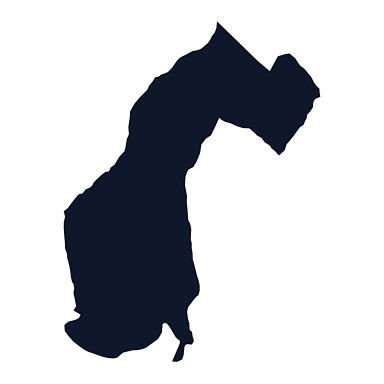 Planaltina do Paraná, Paraná, Brazil
{"feature_id": "56859067B78623757786871", "entity_name": "Planaltina do Paraná", "entity_type": "district", "adm_level": 2, "iso_a3": "BRA", "parent_name": "Brazil", "parent_adm1": "Paraná", "projection": "albers", "projection_center": [-52.929, -23.09], "detail": "fine", "context": "isolated", "style": "filled", "palette": "ink", "viewbox_px": 384, "rotation_deg": 0, "n_neighbors": 0, "source": "geoboundaries", "source_scale": "gbopen_adm2", "svg_char_len": 2516}
<svg xmlns="http://www.w3.org/2000/svg" viewBox="0 0 384 384"><path d="M319.5,96.3L318.8,92.5L318.7,89.1L315.5,86.0L313.2,82.6L310.6,77.4L307.7,74.0L304.0,69.5L299.2,65.8L297.2,62.6L294.3,58.4L289.0,54.2L284.1,55.2L278.3,57.0L270.0,72.4L257.2,61.5L217.6,23.0L217.2,28.2L215.5,32.6L212.2,37.2L210.5,40.8L208.1,43.9L205.3,46.2L201.6,49.4L197.9,50.9L193.1,51.7L186.8,55.0L180.5,58.2L177.8,60.8L172.4,68.5L168.5,72.6L165.2,74.1L161.3,75.4L159.0,77.3L155.6,78.0L153.1,82.1L150.1,85.6L147.7,90.6L143.8,94.4L140.7,97.5L135.6,103.5L133.0,107.8L130.7,112.1L130.7,116.2L129.9,121.9L129.1,127.2L129.7,134.3L127.5,139.4L126.6,145.2L126.0,148.4L125.1,151.7L120.0,157.1L117.0,162.1L115.2,165.2L111.3,168.0L109.5,172.1L105.8,172.6L102.1,175.4L96.9,180.2L94.3,183.0L92.7,186.3L90.0,188.5L86.1,190.0L83.2,194.1L79.3,194.9L76.7,197.7L74.6,200.4L70.9,205.1L68.3,208.7L64.6,211.6L65.9,216.7L64.6,222.2L64.5,227.3L64.8,232.7L65.1,237.0L65.6,241.6L65.8,248.3L67.8,253.8L67.9,257.7L68.9,260.9L69.8,264.6L70.5,268.1L71.1,271.5L71.6,276.7L72.8,281.6L74.5,284.4L75.0,288.3L74.2,293.2L75.2,297.1L76.1,302.3L77.1,306.3L74.5,310.2L81.7,314.4L79.8,318.1L77.3,319.9L73.7,321.1L68.7,322.4L65.2,325.3L65.5,330.6L69.1,335.6L73.9,341.0L80.7,346.3L85.0,349.3L88.7,351.1L102.2,355.8L107.3,357.1L113.0,357.7L116.7,357.0L122.7,351.9L132.2,349.6L137.8,349.3L141.6,348.5L145.8,347.0L150.0,343.8L153.7,341.3L157.1,338.7L159.2,335.8L161.1,332.3L161.6,327.3L161.8,323.6L164.7,321.9L167.6,323.2L170.4,326.7L176.3,336.7L180.8,340.8L180.4,344.0L173.2,360.8L177.1,361.0L181.5,358.9L182.9,354.9L183.6,347.7L184.5,344.5L187.5,343.3L191.5,343.8L193.1,340.8L191.8,335.9L191.3,332.4L188.9,330.3L188.6,323.9L187.2,318.6L186.3,311.6L187.5,306.7L190.2,303.2L192.6,300.0L195.2,296.7L197.8,294.6L198.9,290.6L198.9,285.3L197.5,279.5L196.0,274.9L193.5,264.5L192.0,259.4L191.8,253.1L190.9,248.0L191.0,243.6L190.0,239.3L190.2,234.9L190.5,229.2L189.3,223.7L187.4,220.0L187.0,213.0L186.4,206.2L186.0,202.1L186.2,195.8L185.0,189.5L184.2,185.0L184.7,176.8L186.2,172.1L188.1,168.8L192.8,166.5L195.9,161.2L198.7,154.5L199.6,151.5L200.7,144.1L205.4,138.0L210.3,134.9L213.5,128.5L219.1,116.3L221.5,118.8L224.9,120.9L231.1,122.6L237.1,125.5L243.0,127.3L249.6,127.6L254.3,131.6L257.7,135.0L262.2,137.4L265.0,141.5L270.3,145.0L272.1,147.8L275.8,150.8L279.0,154.4L284.0,149.9L285.8,144.1L288.8,140.6L292.1,136.6L299.4,126.6L303.0,124.2L304.2,121.2L306.0,117.6L306.4,114.3L309.5,111.1L312.2,107.1L312.5,102.2L314.6,98.4L319.5,96.3Z" fill="#0f172a" stroke="#020617" stroke-width="1.5"/></svg>